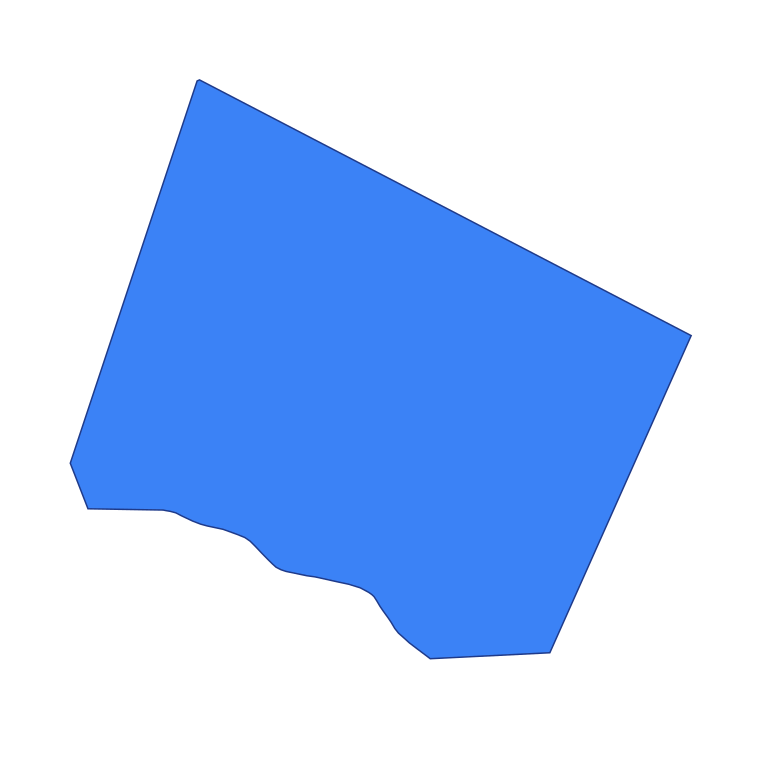 the district of Fond Capeche, Vieux Fort, Saint Lucia, rotated 12°
{"feature_id": "8701671B47563764529661", "entity_name": "Fond Capeche", "entity_type": "district", "adm_level": 2, "iso_a3": "LCA", "parent_name": "Saint Lucia", "parent_adm1": "Vieux Fort", "projection": "robinson", "projection_center": [-60.949, 13.775], "detail": "fine", "context": "isolated", "style": "filled", "palette": "blue", "viewbox_px": 768, "rotation_deg": 12, "n_neighbors": 0, "source": "geoboundaries", "source_scale": "gbopen_adm2", "svg_char_len": 757}
<svg xmlns="http://www.w3.org/2000/svg" viewBox="0 0 768 768"><g transform="rotate(12 384 384)"><path d="M140.3,124.9L139.2,125.7L138.2,126.4L93.6,526.7L120.4,567.6L194.2,553.2L196.8,553.2L201.3,553.0L207.1,553.3L213.2,555.0L219.1,556.4L225.5,557.9L233.7,559.2L240.5,559.6L247.2,559.6L256.6,559.6L271.3,561.6L279.8,563.1L285.6,565.5L292.1,569.7L299.9,575.1L307.1,579.9L312.3,583.2L316.6,585.7L321.9,587.1L327.2,587.7L348.3,587.6L356.7,587.0L379.1,587.2L391.0,587.2L403.1,588.3L412.4,591.0L415.9,592.5L418.4,594.0L421.9,597.5L426.4,602.4L430.8,606.6L436.8,612.0L440.6,615.7L445.4,620.9L450.0,624.7L456.0,628.1L462.7,632.0L472.2,636.5L485.3,642.6L486.3,643.1L602.1,612.4L674.4,272.8L140.3,124.9Z" fill="#3b82f6" stroke="#1e3a8a" stroke-width="1.5"/></g></svg>